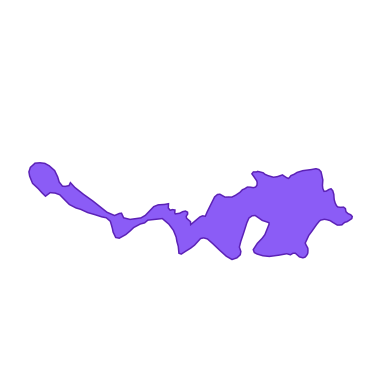 Al-Karkh, Baghdad, Iraq, rotated 133°
{"feature_id": "34846034B16930377854620", "entity_name": "Al-Karkh", "entity_type": "district", "adm_level": 2, "iso_a3": "IRQ", "parent_name": "Iraq", "parent_adm1": "Baghdad", "projection": "orthographic", "projection_center": [44.409, 33.178], "detail": "fine", "context": "isolated", "style": "filled", "palette": "violet", "viewbox_px": 384, "rotation_deg": 133, "n_neighbors": 0, "source": "geoboundaries", "source_scale": "gbopen_adm2", "svg_char_len": 2833}
<svg xmlns="http://www.w3.org/2000/svg" viewBox="0 0 384 384"><g transform="rotate(133 192 192)"><path d="M155.7,67.3L154.1,69.0L152.9,72.6L152.1,74.4L148.9,75.4L144.1,77.0L138.8,77.6L130.8,78.7L126.4,79.0L124.8,78.7L121.7,76.6L120.3,74.5L118.7,71.4L118.2,68.4L117.6,65.6L117.1,63.2L115.5,61.5L113.8,60.0L113.2,59.9L111.9,59.9L109.8,59.5L108.1,58.4L106.3,57.9L104.6,57.5L102.5,57.0L100.6,58.1L100.4,60.4L101.4,63.2L101.4,66.0L99.5,68.5L99.7,70.8L102.0,73.0L103.5,75.1L103.5,76.9L102.4,79.8L100.6,82.8L98.9,84.7L97.0,86.7L95.1,89.9L94.8,92.5L96.8,93.6L99.8,94.4L101.5,95.9L100.2,98.8L98.2,101.1L94.0,104.5L91.4,108.2L89.2,111.5L89.0,114.5L90.4,117.2L94.3,120.1L100.8,125.5L106.0,128.5L109.4,129.4L112.5,130.8L115.1,130.6L116.4,130.8L117.1,133.0L117.6,135.9L117.8,137.5L122.5,140.0L125.6,142.4L128.2,147.6L129.3,150.7L129.4,153.0L130.7,155.5L132.2,158.1L133.1,158.3L135.5,160.8L137.9,160.6L138.5,157.5L139.7,152.2L140.8,150.6L142.8,149.1L145.1,148.9L147.0,150.1L148.8,152.8L150.7,154.9L153.8,155.7L156.0,156.7L159.5,156.7L164.6,157.9L168.6,159.4L169.0,159.9L171.0,162.1L173.2,164.3L174.6,170.1L176.5,171.7L180.2,172.1L196.0,167.4L200.7,165.7L202.2,168.0L202.6,168.2L204.8,169.2L208.0,169.6L216.8,170.7L214.7,172.9L214.9,178.0L213.7,179.7L211.1,180.1L209.8,181.5L210.4,183.8L212.7,185.4L215.9,186.5L219.4,189.3L219.0,190.4L216.8,192.2L218.2,194.3L220.2,195.5L219.9,198.4L216.6,201.2L219.7,203.5L224.5,208.0L228.8,210.0L240.9,210.2L245.8,211.7L254.3,218.6L257.5,224.4L255.6,229.1L257.2,230.5L262.0,232.6L264.8,240.4L266.2,258.2L267.4,267.4L267.7,269.5L268.6,281.0L268.1,287.3L271.2,286.3L274.3,288.5L276.1,290.7L275.3,295.9L275.0,296.4L272.6,300.5L270.0,307.1L270.2,314.3L271.4,319.1L274.3,323.1L278.0,326.5L279.7,326.6L284.2,327.0L288.5,325.0L291.1,321.6L292.9,317.8L294.4,314.5L294.4,306.6L294.9,301.1L295.0,296.3L289.2,295.3L286.1,291.3L284.2,286.8L284.5,280.7L284.8,273.2L282.8,266.0L280.6,261.6L278.2,254.3L275.0,248.0L271.7,241.0L269.3,237.1L269.1,231.8L271.4,227.9L273.0,225.3L275.1,222.4L277.3,216.8L275.4,213.7L268.3,211.4L262.6,210.7L257.7,210.4L250.7,208.0L246.9,205.6L242.7,205.1L238.3,201.3L231.7,195.6L231.3,187.0L232.7,179.4L235.8,172.8L238.4,169.4L241.1,165.0L245.7,159.8L244.7,157.5L239.5,156.2L234.0,154.7L229.1,153.9L220.2,154.0L217.6,152.2L215.8,148.7L215.6,141.5L215.7,132.2L215.6,124.3L215.6,123.2L214.1,116.7L209.5,114.2L205.0,113.9L202.2,115.7L200.0,119.8L194.7,122.7L186.8,126.3L177.1,130.9L172.2,132.6L168.4,131.8L167.6,131.1L166.1,129.8L165.4,125.3L164.9,121.3L163.6,118.5L162.0,114.8L162.9,113.7L168.3,111.6L173.5,109.6L178.0,109.1L185.0,109.2L192.4,107.9L193.8,105.1L193.0,102.2L190.3,96.7L186.4,91.5L179.1,85.5L172.5,80.6L170.8,77.2L168.0,76.4L166.3,74.7L166.2,70.8L166.2,69.2L164.5,66.0L162.6,64.9L160.5,64.9L158.5,65.3L157.5,65.8L155.7,67.3Z" fill="#8b5cf6" stroke="#5b21b6" stroke-width="1.5"/></g></svg>